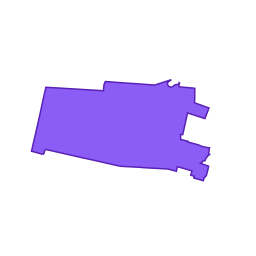 the district of Tia Mare, Olt, Romania, rotated 29°
{"feature_id": "2599482B77725047520626", "entity_name": "Tia Mare", "entity_type": "district", "adm_level": 2, "iso_a3": "ROU", "parent_name": "Romania", "parent_adm1": "Olt", "projection": "mercator", "projection_center": [24.632, 43.857], "detail": "fine", "context": "isolated", "style": "filled", "palette": "violet", "viewbox_px": 256, "rotation_deg": 29, "n_neighbors": 0, "source": "geoboundaries", "source_scale": "gbopen_adm2", "svg_char_len": 1658}
<svg xmlns="http://www.w3.org/2000/svg" viewBox="0 0 256 256"><g transform="rotate(29 128 128)"><path d="M219.4,137.4L219.1,136.3L218.8,135.1L219.6,131.6L218.0,125.4L217.0,122.3L214.1,122.8L208.3,123.7L209.3,122.1L209.8,119.9L211.0,119.6L211.2,119.2L210.8,117.2L211.1,116.1L211.2,115.0L211.1,113.7L211.5,113.6L212.2,111.4L210.8,111.2L208.9,105.9L202.7,108.0L198.0,108.6L194.9,109.3L187.4,111.2L187.2,110.5L181.0,112.1L179.6,112.5L177.1,108.1L179.1,107.3L172.8,86.0L185.0,83.6L190.7,82.5L189.1,71.2L187.5,71.5L184.5,72.0L173.8,73.7L173.3,72.4L171.4,68.6L167.4,61.4L167.1,60.9L164.1,62.2L157.3,65.2L152.9,67.1L152.5,67.1L152.2,66.8L151.9,66.2L151.5,65.7L151.7,64.5L151.4,63.9L150.7,63.6L150.7,63.9L151.0,64.3L151.2,64.8L151.0,65.4L150.8,65.5L149.6,66.2L148.2,67.5L147.6,68.5L147.3,69.6L146.2,71.1L145.4,71.5L143.7,71.8L142.4,71.4L140.8,70.1L140.8,68.4L142.5,64.7L130.5,77.5L118.4,83.1L104.8,89.5L85.7,98.3L85.6,98.5L85.8,100.2L85.8,100.6L86.0,101.7L86.3,102.4L87.0,104.2L88.5,107.3L44.5,128.3L36.4,132.2L36.4,132.4L36.8,132.4L37.0,132.5L37.1,133.0L37.1,133.5L36.9,133.9L37.4,135.6L40.6,146.5L40.7,146.8L42.6,153.0L44.5,159.2L48.6,173.4L54.5,193.9L54.7,194.7L54.8,194.8L55.0,194.9L55.0,195.1L57.5,194.4L65.4,192.5L66.1,192.3L66.3,192.1L66.6,191.9L66.7,191.6L66.8,191.1L66.8,190.7L66.6,190.0L66.1,188.3L66.1,187.9L66.1,187.6L66.3,187.1L66.5,186.8L66.9,186.5L102.1,176.3L113.0,173.0L136.8,166.1L140.7,164.8L159.4,155.7L159.6,155.7L168.6,151.4L182.8,144.5L191.3,142.4L190.5,139.8L189.9,137.9L195.5,136.6L197.2,136.2L204.8,134.5L205.7,138.9L209.4,138.1L209.8,139.8L215.8,138.4L219.4,137.6L219.4,137.4Z" fill="#8b5cf6" stroke="#5b21b6" stroke-width="1.5"/></g></svg>